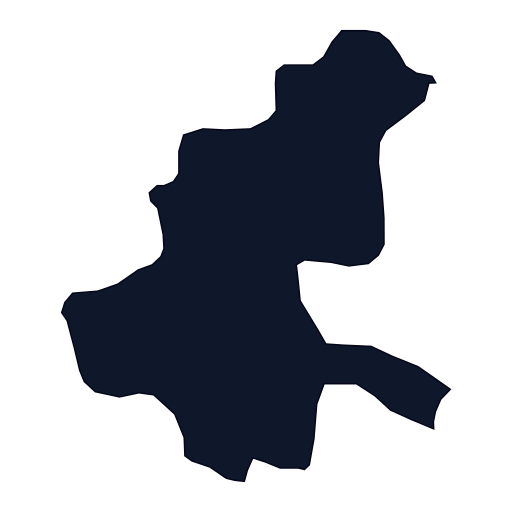 the border of Sarajevo
{"feature_id": "BIH-2890", "entity_name": "Sarajevo", "entity_type": "Canton", "adm_level": 1, "iso_a3": "BIH", "parent_name": "Bosnia and Herzegovina", "parent_adm1": "", "projection": "equal_earth", "projection_center": [18.322, 43.843], "detail": "fine", "context": "isolated", "style": "filled", "palette": "ink", "viewbox_px": 512, "rotation_deg": 0, "n_neighbors": 0, "source": "natural_earth", "source_scale": "10m", "svg_char_len": 1527}
<svg xmlns="http://www.w3.org/2000/svg" viewBox="0 0 512 512"><path d="M435.6,82.8L428.9,83.1L424.4,100.4L405.0,116.0L385.7,130.4L379.3,142.4L378.3,162.8L382.1,192.7L383.9,217.9L384.0,244.3L378.4,255.1L368.3,263.5L348.9,265.9L331.4,262.3L304.6,259.9L296.3,264.7L298.2,281.5L300.1,300.8L317.6,329.6L325.9,344.0L343.4,345.2L371.1,346.4L391.5,356.0L418.2,366.8L450.3,389.3L448.5,391.2L440.7,399.3L435.4,411.6L433.4,421.7L433.7,428.8L411.8,419.7L390.6,410.1L374.9,395.7L356.4,383.7L343.5,383.7L324.1,383.7L316.7,404.1L313.9,438.9L309.3,464.8L304.4,469.5L304.3,469.4L298.2,468.0L280.2,468.0L265.4,462.0L265.2,461.9L252.8,457.9L247.4,470.0L244.3,481.3L242.4,481.1L234.9,480.3L228.6,478.8L226.3,478.2L224.0,476.7L209.9,467.0L191.9,460.9L184.9,455.8L184.7,450.2L184.2,437.5L174.8,414.1L174.7,414.0L158.4,399.1L153.7,394.8L152.3,394.6L138.9,392.8L123.8,396.0L119.4,396.9L115.9,396.1L95.3,391.7L84.3,381.6L79.7,370.3L74.6,348.9L74.2,347.1L73.5,344.6L67.2,320.7L61.9,312.9L61.9,312.7L61.7,312.5L64.9,302.4L72.7,293.2L97.7,291.2L117.9,284.1L138.3,269.9L152.3,264.8L160.9,256.7L164.0,248.6L163.2,234.4L157.8,208.0L152.1,202.3L150.8,200.9L149.3,192.8L157.1,185.7L164.0,185.7L173.4,181.7L178.9,173.5L178.9,151.2L183.6,135.0L203.0,128.9L224.9,130.0L250.5,128.9L268.5,119.8L276.3,110.7L275.5,83.4L276.3,71.2L284.1,65.1L300.4,65.1L312.9,65.1L323.7,57.0L332.3,41.8L339.3,33.7L341.6,30.7L354.9,30.7L365.7,30.7L379.0,32.8L389.1,40.8L399.3,55.0L405.5,66.1L416.4,73.2L432.0,76.3L435.6,82.8Z" fill="#0f172a" stroke="#020617" stroke-width="1.5"/></svg>